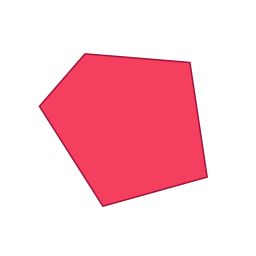 Kagan, Bukhoro, Uzbekistan, rotated 19°
{"feature_id": "79887680B8503255979419", "entity_name": "Kagan", "entity_type": "district", "adm_level": 2, "iso_a3": "UZB", "parent_name": "Uzbekistan", "parent_adm1": "Bukhoro", "projection": "natural_earth1", "projection_center": [64.547, 39.674], "detail": "fine", "context": "isolated", "style": "filled", "palette": "rose", "viewbox_px": 256, "rotation_deg": 19, "n_neighbors": 0, "source": "geoboundaries", "source_scale": "gbopen_adm2", "svg_char_len": 238}
<svg xmlns="http://www.w3.org/2000/svg" viewBox="0 0 256 256"><g transform="rotate(19 128 128)"><path d="M218.8,148.6L165.2,45.9L63.2,71.9L37.2,136.3L129.7,210.1L218.8,148.6Z" fill="#f43f5e" stroke="#9f1239" stroke-width="1.5"/></g></svg>